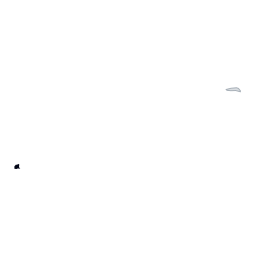 Matagi, Tuvalu shown in context, rotated 274°
{"feature_id": "33948139B17363749661168", "entity_name": "Matagi", "entity_type": "district", "adm_level": 2, "iso_a3": "TUV", "parent_name": "Tuvalu", "parent_adm1": "", "projection": "natural_earth1", "projection_center": [178.689, -7.484], "detail": "fine", "context": "in_parent", "style": "outline", "palette": "ink", "viewbox_px": 256, "rotation_deg": 274, "n_neighbors": 0, "source": "geoboundaries", "source_scale": "gbopen_adm2", "svg_char_len": 848}
<svg xmlns="http://www.w3.org/2000/svg" viewBox="0 0 256 256"><g transform="rotate(274 128 128)"><path d="M175.2,235.4L172.8,237.6L172.0,237.5L172.9,232.8L172.4,228.0L172.5,224.1L173.3,223.3L174.8,227.9L175.7,233.4L175.2,235.4Z" fill="#d9dde1" stroke="#a8b0b8" stroke-width="1"/><path d="M82.1,21.0L82.2,20.9L82.2,20.7L82.3,20.6L82.5,20.8L82.8,20.9L82.8,20.7L83.0,20.7L82.9,20.5L82.8,20.4L82.8,20.2L82.7,19.9L82.7,19.7L82.5,19.4L82.4,19.4L82.4,19.2L82.2,19.2L81.9,18.9L81.8,18.7L81.7,18.7L81.5,18.4L81.4,18.4L81.4,18.5L81.2,18.5L81.1,18.8L80.9,18.8L80.9,18.7L80.7,18.6L80.4,18.5L80.3,18.8L80.3,19.0L80.5,19.1L80.5,19.3L80.8,19.3L81.0,19.5L81.1,19.8L81.2,20.0L81.3,20.1L81.3,20.3L81.2,20.3L81.2,20.5L81.0,20.8L80.9,20.9L80.9,21.0L81.0,20.9L81.4,20.8L81.5,20.8L81.8,21.0L82.0,21.0L82.1,21.0Z" fill="none" stroke="#020617" stroke-width="2"/></g></svg>